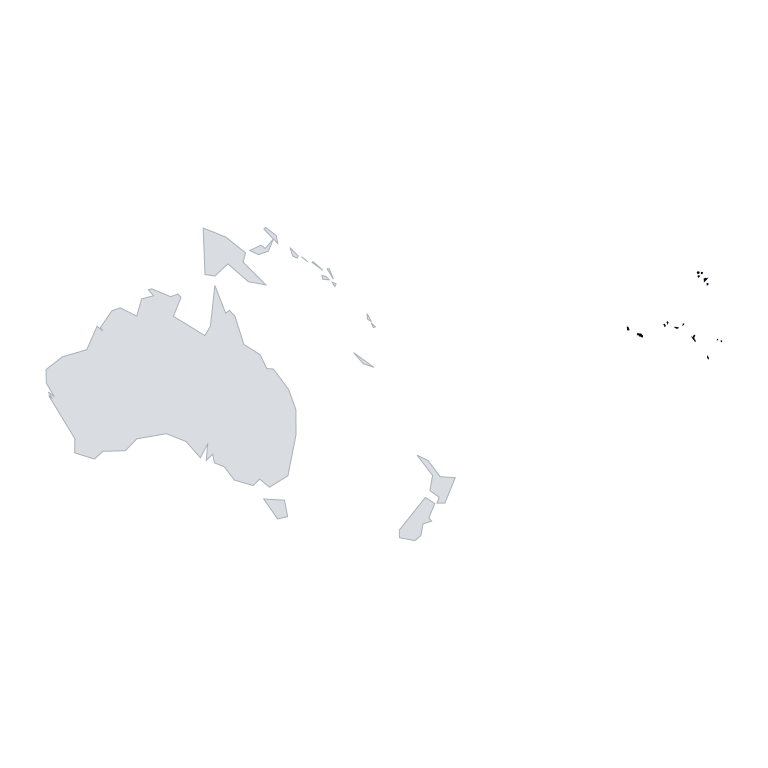 French Polynesia on a map of Oceania (Robinson projection)
{"feature_id": "PYF", "entity_name": "French Polynesia", "entity_type": "country or territory", "adm_level": 0, "iso_a3": "PYF", "parent_name": "Oceania", "parent_adm1": "", "projection": "robinson", "projection_center": [-142.778, -14.829], "detail": "fine", "context": "in_parent", "style": "filled", "palette": "ink", "viewbox_px": 768, "rotation_deg": 0, "n_neighbors": 6, "source": "natural_earth", "source_scale": "50m", "svg_char_len": 4182}
<svg xmlns="http://www.w3.org/2000/svg" viewBox="0 0 768 768"><path d="M203.2,228.1L225.9,237.1L245.5,252.9L243.1,262.2L265.9,284.9L248.4,281.7L227.8,263.9L215.0,276.0L205.0,274.5L203.2,228.1ZM276.4,235.7L277.7,243.5L263.9,229.1L265.6,227.4L276.4,235.7ZM268.4,251.2L258.5,254.6L249.7,250.5L260.9,245.2L265.2,248.4L273.3,239.1L268.4,251.2ZM290.0,247.6L298.2,256.1L297.3,258.1L292.8,256.1L290.0,247.6Z" fill="#d9dde1" stroke="#a8b0b8" stroke-width="1"/><path d="M371.2,322.7L375.4,326.8L373.4,327.7L371.2,322.7ZM371.4,321.6L367.4,319.1L367.0,313.7L371.4,321.6Z" fill="#d9dde1" stroke="#a8b0b8" stroke-width="1"/><path d="M353.6,352.6L373.8,367.3L363.4,363.8L353.6,352.6Z" fill="#d9dde1" stroke="#a8b0b8" stroke-width="1"/><path d="M336.1,283.9L334.8,286.6L332.2,282.2L336.1,283.9ZM329.3,268.8L333.4,279.2L327.1,268.8L329.3,268.8ZM329.2,279.8L322.9,279.3L321.9,275.4L326.0,276.5L329.2,279.8ZM313.0,261.7L323.0,270.4L312.1,262.4L313.0,261.7ZM305.3,259.6L307.9,261.9L301.4,256.6L305.3,259.6Z" fill="#d9dde1" stroke="#a8b0b8" stroke-width="1"/><path d="M455.3,477.7L444.9,503.1L437.0,503.1L439.2,497.3L429.9,490.6L432.6,475.5L417.2,455.2L428.0,460.5L440.2,476.7L455.3,477.7ZM399.4,530.0L425.3,497.5L434.8,503.5L428.8,517.8L431.6,521.1L423.0,523.9L420.9,535.5L414.9,540.6L399.4,537.7L399.4,530.0Z" fill="#d9dde1" stroke="#a8b0b8" stroke-width="1"/><path d="M263.7,499.0L284.5,500.2L287.6,516.6L277.7,519.0L263.7,499.0ZM136.8,438.8L125.3,450.7L103.1,451.3L94.4,459.0L74.7,452.9L74.9,438.7L48.6,395.4L52.0,398.5L48.3,391.9L54.3,396.7L46.3,383.1L46.1,369.5L62.3,356.9L86.8,349.6L97.0,326.3L102.9,331.0L100.3,327.7L111.9,310.8L120.2,307.9L136.8,316.1L141.6,298.8L153.6,295.8L148.4,289.8L151.7,288.8L170.6,296.7L177.9,294.0L181.0,297.5L173.4,316.3L204.8,335.6L210.4,326.2L214.9,285.5L225.6,313.1L229.4,310.4L234.9,316.2L243.9,344.5L260.1,354.7L266.8,368.6L273.3,369.0L288.6,389.4L295.9,409.6L296.0,434.7L287.9,475.8L269.4,487.2L259.7,479.1L253.2,485.6L234.3,480.0L224.2,466.7L214.5,462.9L212.7,454.2L206.2,460.4L207.8,443.6L200.4,457.8L186.2,441.6L166.5,433.7L136.8,438.8Z" fill="#d9dde1" stroke="#a8b0b8" stroke-width="1"/><path d="M641.3,335.5L642.2,335.8L642.3,336.3L642.2,336.7L641.7,336.6L641.5,336.4L641.2,335.8L640.3,335.9L639.7,335.8L639.3,334.9L639.3,334.6L639.5,334.3L640.1,334.1L640.9,334.3L641.2,334.7L641.3,335.5ZM705.3,278.6L706.2,279.0L706.5,278.9L706.2,279.3L705.3,279.5L705.0,279.7L704.6,279.5L704.4,279.1L705.3,278.6ZM698.7,273.0L698.1,273.2L697.8,273.1L697.6,272.6L697.7,272.2L697.8,272.1L698.8,272.2L698.9,272.5L698.7,273.0ZM628.3,329.7L628.0,329.7L627.8,329.6L627.8,328.8L627.9,328.7L628.3,328.9L628.6,329.6L628.3,329.7ZM638.2,334.4L638.0,334.6L637.8,334.5L637.6,334.3L637.6,334.1L637.7,333.9L638.2,333.9L638.4,334.0L638.2,334.4ZM702.0,273.2L701.6,273.3L701.5,272.9L701.6,272.7L701.8,272.6L702.1,272.8L702.3,272.9L702.3,273.0L702.0,273.2ZM698.7,276.7L698.6,276.8L698.3,276.4L698.3,276.2L698.7,276.0L699.0,276.1L698.7,276.7ZM665.0,325.8L664.9,325.9L664.7,325.5L664.6,325.2L664.4,324.9L664.2,324.6L664.2,324.4L664.2,324.0L664.4,324.6L664.6,325.0L664.8,325.4L665.0,325.8ZM694.0,336.6L694.0,336.8L693.8,336.8L693.7,336.7L693.9,336.2L694.0,335.9L694.3,335.7L694.8,335.4L695.0,335.3L694.2,335.9L694.0,336.3L693.9,336.5L694.0,336.6ZM707.6,284.4L707.4,284.5L707.4,283.8L707.7,283.9L707.8,284.0L707.7,284.3L707.6,284.4ZM693.9,339.0L693.7,339.1L693.5,338.7L693.1,338.3L693.0,338.1L693.3,338.3L693.5,338.5L693.9,339.0ZM627.9,328.1L627.7,328.0L627.6,327.8L627.6,327.5L628.0,327.7L628.1,327.9L627.9,328.1ZM705.1,280.3L704.6,280.8L704.6,280.2L704.8,280.2L705.1,280.3ZM721.9,341.5L721.6,341.5L721.4,341.3L721.0,341.1L720.9,341.1L721.1,341.0L721.4,341.2L721.7,341.4L721.9,341.5ZM667.7,322.4L667.6,322.7L667.5,322.4L667.1,321.9L667.0,321.7L667.7,322.4ZM694.8,340.4L694.8,340.6L694.7,340.5L694.2,340.2L694.8,340.4ZM677.7,327.8L678.0,328.2L677.6,328.0L677.0,327.9L677.5,327.8L677.7,327.8ZM676.9,327.9L676.6,328.0L676.0,327.6L676.3,327.6L676.6,327.8L676.9,327.9ZM717.7,340.1L717.1,339.5L717.4,339.6L717.7,340.1ZM708.1,358.0L708.0,357.9L707.9,357.5L707.9,357.4L708.1,357.7L708.1,358.0ZM683.5,324.1L683.4,324.2L683.5,323.6L683.5,324.1Z" fill="#0f172a" stroke="#020617" stroke-width="1.5"/></svg>